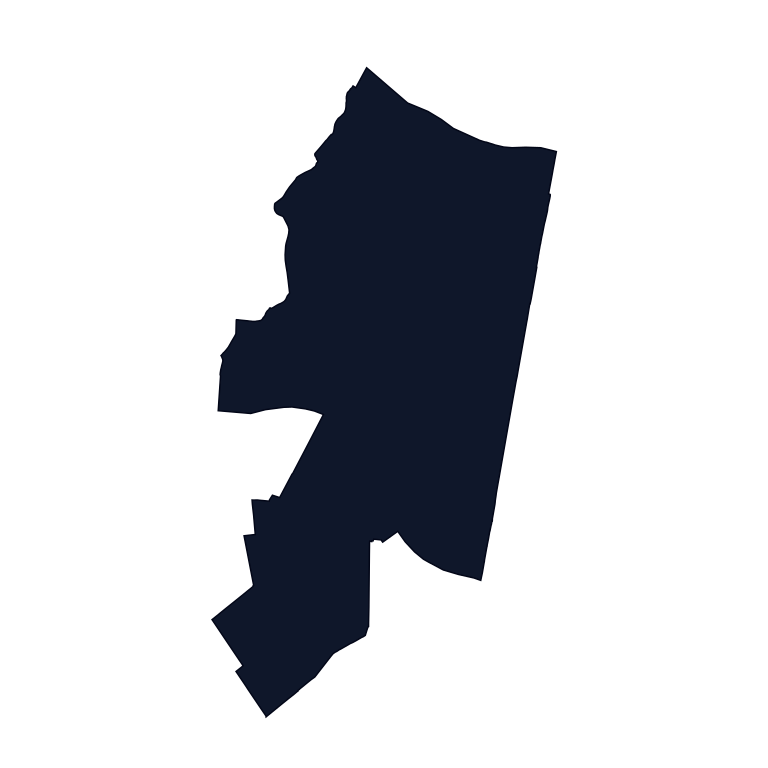 outline of Stelnica, Ialomita, Romania, rotated 263°
{"feature_id": "2599482B4677795676916", "entity_name": "Stelnica", "entity_type": "district", "adm_level": 2, "iso_a3": "ROU", "parent_name": "Romania", "parent_adm1": "Ialomita", "projection": "robinson", "projection_center": [27.955, 44.403], "detail": "fine", "context": "isolated", "style": "filled", "palette": "ink", "viewbox_px": 768, "rotation_deg": 263, "n_neighbors": 0, "source": "geoboundaries", "source_scale": "gbopen_adm2", "svg_char_len": 6048}
<svg xmlns="http://www.w3.org/2000/svg" viewBox="0 0 768 768"><g transform="rotate(263 384 384)"><path d="M700.0,405.3L681.5,392.1L683.6,389.6L683.0,389.1L681.8,388.2L681.5,387.6L681.2,387.1L680.8,386.6L680.4,386.2L679.9,385.9L679.3,385.4L679.0,384.9L678.6,384.4L677.8,383.4L677.3,383.1L676.8,382.8L675.9,382.5L675.1,382.2L674.5,382.0L673.9,381.7L673.5,381.7L673.1,381.6L672.5,381.5L671.9,381.4L670.9,381.4L670.3,381.3L669.9,381.3L669.6,381.3L669.1,381.1L668.4,381.0L668.1,380.9L667.9,380.7L667.6,380.6L666.5,380.5L664.6,380.2L663.5,380.0L662.0,379.6L661.1,379.3L660.6,379.1L660.1,378.8L659.5,378.5L659.1,378.3L659.0,378.2L658.5,378.0L658.4,377.8L657.9,377.5L657.6,377.2L657.4,377.0L657.1,376.6L656.7,376.1L656.3,375.5L655.1,374.1L655.0,373.9L654.8,373.5L654.4,373.0L653.7,371.8L653.4,371.3L653.1,370.9L652.7,370.5L652.2,370.1L651.2,369.2L649.9,368.2L648.4,367.3L647.9,367.0L647.3,366.8L646.3,366.5L645.6,366.2L643.6,365.7L641.6,365.1L640.5,364.7L640.1,364.5L639.4,364.1L638.8,363.8L638.6,363.6L638.2,363.2L637.9,362.9L637.7,362.5L638.1,362.1L636.2,359.9L633.6,357.3L633.3,357.0L633.2,356.8L632.4,355.7L631.9,355.2L631.2,354.5L627.5,350.6L624.6,347.4L622.7,345.3L621.9,344.4L621.2,343.7L620.8,343.4L620.2,343.3L619.8,343.3L619.3,343.3L618.6,343.5L617.5,344.1L617.0,344.3L616.4,344.4L615.8,344.5L615.1,344.7L614.8,344.8L614.6,344.9L614.2,345.2L613.8,345.4L613.6,345.4L613.2,345.4L612.6,345.3L612.3,345.1L612.1,345.0L611.8,344.5L611.7,344.3L611.3,343.9L610.7,343.6L609.7,343.2L609.3,343.0L608.9,342.8L608.3,342.2L608.1,342.0L607.9,341.6L607.6,341.1L607.1,340.2L606.2,338.9L605.7,338.1L605.5,337.6L604.9,335.8L603.6,331.6L601.7,326.9L600.8,324.8L599.6,322.6L598.7,321.9L597.5,321.1L593.0,316.3L591.1,314.3L586.8,310.5L583.0,307.6L581.7,306.4L580.8,305.2L579.7,303.3L578.9,301.9L577.1,298.8L576.8,298.1L576.6,297.9L576.2,297.6L575.9,297.4L575.0,297.2L573.6,296.9L572.2,296.7L571.3,296.6L570.5,296.7L569.7,296.8L569.0,297.0L568.1,297.4L566.5,298.3L566.1,298.7L564.9,300.2L562.8,303.9L561.9,304.6L557.5,306.2L552.6,308.0L550.5,308.3L548.8,308.5L548.4,308.5L547.6,308.3L545.2,307.8L542.0,306.7L535.5,304.0L532.9,303.2L524.4,301.6L520.0,301.2L518.5,301.1L512.8,301.2L506.3,301.5L498.0,301.5L485.7,301.4L483.2,298.8L479.8,296.8L478.4,295.3L477.8,294.4L476.8,292.1L476.4,291.0L476.1,289.6L475.2,287.2L473.6,283.7L472.9,282.1L472.8,281.8L472.8,281.5L472.9,281.2L473.1,281.0L473.3,280.5L473.4,280.2L473.3,279.8L473.1,279.5L472.5,279.2L472.1,279.0L471.9,278.8L471.3,277.8L471.0,277.4L470.6,276.9L469.4,275.9L469.0,275.6L468.5,275.2L467.8,274.9L467.4,274.7L466.6,274.3L466.2,274.0L465.7,273.5L465.1,272.9L464.8,272.5L464.2,271.9L463.1,271.1L462.5,270.3L462.3,269.8L462.0,269.1L462.0,268.4L461.9,267.8L461.9,267.0L461.9,265.8L461.9,265.1L461.8,264.4L461.9,262.9L462.0,262.2L462.1,261.3L462.5,259.8L462.8,258.3L463.0,257.5L463.3,256.4L464.2,252.4L464.5,251.0L464.8,249.7L465.1,248.4L465.4,247.3L465.8,245.4L465.6,245.2L452.2,243.2L451.7,243.0L451.0,242.6L449.7,241.7L446.7,239.4L444.5,237.7L442.4,236.2L440.7,234.9L440.2,234.5L439.6,234.1L437.0,231.5L435.3,229.6L434.8,228.9L434.4,228.3L434.0,227.9L433.2,227.1L432.7,226.5L432.1,225.7L431.4,226.0L430.1,226.4L428.1,226.9L427.4,226.9L426.6,226.9L425.7,226.6L424.3,226.1L423.1,225.6L422.1,225.2L420.0,224.5L418.3,223.8L415.9,223.1L415.6,223.0L414.3,222.7L413.3,222.5L412.6,222.6L412.2,222.7L411.7,222.7L410.6,222.5L377.7,216.2L371.0,248.1L373.0,263.2L373.1,281.8L372.4,289.9L368.9,303.0L365.7,311.6L361.1,320.2L335.7,302.8L306.3,282.5L305.8,281.8L284.0,266.6L287.2,259.7L282.9,256.2L282.4,256.0L281.7,255.8L282.2,253.5L283.2,249.0L283.4,248.0L283.8,246.2L284.2,244.6L284.4,243.4L284.5,242.3L284.5,242.0L284.7,240.4L284.9,238.9L284.7,238.9L280.8,238.7L269.6,238.6L250.3,237.9L250.4,226.6L199.9,230.1L199.6,229.4L199.0,229.4L190.5,215.9L189.9,214.9L187.9,211.7L182.4,202.8L180.3,199.4L176.2,192.8L175.3,191.5L171.1,184.6L167.4,186.5L127.4,206.8L126.1,207.5L121.6,209.8L120.4,208.2L118.4,204.9L116.7,202.1L103.0,209.1L97.3,211.9L75.5,223.0L72.6,224.5L68.9,226.4L68.0,226.4L77.6,241.6L83.1,250.4L87.3,257.3L89.1,260.0L89.8,261.2L90.2,261.0L91.1,262.5L91.2,262.8L91.5,263.0L99.3,275.4L101.6,279.6L120.2,298.1L121.5,299.5L122.4,300.4L123.1,301.6L123.5,302.4L124.0,303.3L124.2,304.3L125.7,307.2L126.1,308.5L130.5,318.9L131.2,321.3L132.7,325.1L135.2,330.9L135.7,332.6L136.8,334.8L140.6,336.5L144.1,338.1L144.8,338.6L145.0,338.9L145.1,339.1L148.9,339.6L164.4,341.8L184.9,344.5L217.4,348.8L228.4,350.3L229.7,350.6L229.1,352.6L229.9,352.8L229.6,354.0L231.2,354.8L230.8,356.9L229.6,362.1L227.2,363.4L236.1,379.7L224.8,385.8L213.6,393.9L205.3,401.8L201.6,406.8L192.2,420.2L185.9,434.7L180.5,449.7L177.3,456.1L178.5,456.5L182.3,457.8L184.6,458.6L194.2,461.5L196.0,462.1L196.6,462.2L197.1,462.3L197.4,462.4L200.3,463.3L209.7,466.2L210.0,466.4L211.9,466.9L214.9,467.9L217.9,468.9L222.6,470.3L225.3,471.1L225.3,471.3L230.5,473.0L231.6,473.5L234.6,474.4L234.6,474.7L235.8,475.0L235.9,474.8L251.0,479.4L252.6,479.8L254.0,480.1L254.6,480.2L255.6,480.5L256.1,480.6L258.9,481.4L262.1,482.2L271.3,485.0L277.4,486.9L282.0,488.3L320.1,499.9L355.1,510.6L362.8,513.0L369.0,514.9L372.1,515.9L374.9,516.9L380.9,518.7L408.3,527.1L420.7,530.9L424.9,532.2L427.9,533.1L431.3,534.2L433.1,534.7L445.7,538.4L445.6,538.7L449.2,540.0L452.3,541.0L453.0,541.2L469.2,546.2L481.3,549.9L481.5,549.5L490.6,552.3L490.7,552.2L493.3,553.0L494.2,553.3L494.8,553.5L497.0,554.1L499.8,555.0L502.8,555.9L504.6,556.6L505.4,556.8L508.3,557.7L511.2,558.6L514.2,559.7L520.4,561.7L523.4,562.7L524.7,563.2L526.4,563.9L529.5,565.0L532.5,566.1L535.6,567.2L537.1,567.6L539.3,568.1L541.5,568.8L547.3,570.9L548.8,571.4L550.4,571.9L550.9,572.0L551.4,572.0L551.7,571.9L551.9,572.0L552.7,570.5L558.4,572.3L562.5,573.6L564.4,574.2L567.2,575.1L573.3,577.0L576.6,578.0L580.6,579.3L584.5,580.5L585.9,580.9L587.1,581.3L590.5,582.4L592.7,583.1L593.7,583.4L599.4,568.4L601.7,553.5L602.9,539.9L604.6,531.7L607.6,523.6L611.5,515.2L612.0,513.4L614.2,508.6L629.2,484.0L639.5,473.2L649.2,460.8L654.2,452.0L660.0,441.7L700.0,405.3Z" fill="#0f172a" stroke="#020617" stroke-width="1.5"/></g></svg>